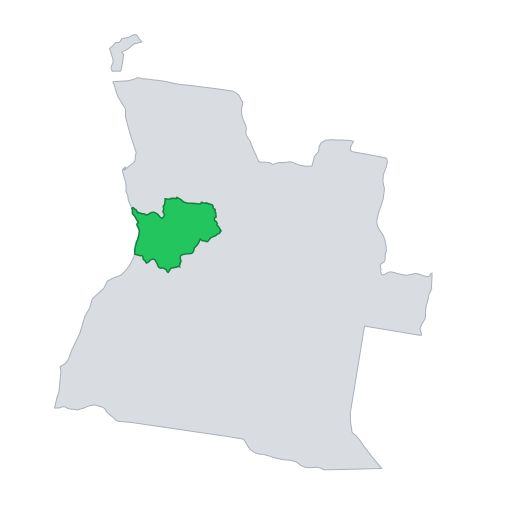 where Cuanza Sul sits in Angola, rotated 8°
{"feature_id": "AGO-1879", "entity_name": "Cuanza Sul", "entity_type": "Province", "adm_level": 1, "iso_a3": "AGO", "parent_name": "Angola", "parent_adm1": "", "projection": "albers", "projection_center": [15.061, -10.94], "detail": "fine", "context": "in_parent", "style": "filled", "palette": "green", "viewbox_px": 512, "rotation_deg": 8, "n_neighbors": 0, "source": "natural_earth", "source_scale": "10m", "svg_char_len": 8224}
<svg xmlns="http://www.w3.org/2000/svg" viewBox="0 0 512 512"><g transform="rotate(8 256 256)"><path d="M432.7,248.5L433.2,252.4L433.7,257.9L434.0,261.8L434.4,263.5L434.6,264.5L434.0,265.5L433.5,267.8L432.7,269.8L432.2,271.3L432.5,273.9L431.6,281.7L431.4,285.6L432.3,292.5L432.1,294.7L429.5,301.0L428.7,304.1L428.6,305.8L430.9,310.5L430.7,311.5L428.8,311.7L427.3,311.7L373.2,310.3L371.4,391.2L371.2,398.1L372.7,407.2L375.7,417.2L376.9,418.1L380.0,420.0L384.4,423.9L386.8,426.7L391.7,431.7L398.2,438.1L410.1,448.9L369.4,455.7L353.8,458.2L352.4,458.2L350.1,457.0L345.2,456.7L339.3,458.1L334.6,458.4L331.2,457.7L327.9,456.3L324.6,454.3L319.0,453.5L310.9,453.9L303.2,453.4L295.7,452.0L290.3,451.4L287.1,451.7L283.7,451.2L280.0,450.1L276.9,448.2L273.3,444.2L270.4,440.4L269.7,439.8L268.8,439.2L267.8,439.1L251.8,438.7L154.1,438.2L142.7,438.9L141.8,438.7L140.4,438.3L139.5,437.5L136.2,435.3L133.4,433.7L129.6,431.0L127.2,428.0L125.1,427.1L121.4,426.6L118.7,426.1L116.4,426.0L112.5,427.4L109.5,428.8L107.4,430.2L103.8,431.8L100.7,433.3L95.3,433.2L94.1,433.4L91.1,433.3L88.3,432.0L85.4,432.2L82.2,433.9L77.7,434.6L78.6,423.4L79.7,418.5L79.6,412.6L78.8,397.2L78.0,395.1L77.4,392.6L80.2,390.7L81.7,389.3L83.6,386.7L84.9,383.1L86.5,375.2L92.3,357.1L95.0,339.3L98.5,330.8L99.8,321.3L109.8,309.1L112.2,301.6L117.4,297.8L124.8,293.9L130.0,286.9L132.5,282.0L135.4,272.8L135.3,263.1L137.1,250.2L136.7,246.5L133.9,241.4L133.4,237.7L130.8,234.1L128.0,231.4L126.7,226.5L121.9,218.9L120.5,213.7L118.2,210.1L117.8,205.5L116.6,200.8L114.2,196.0L111.9,190.6L111.9,188.9L113.3,186.9L114.6,186.2L114.2,187.2L113.3,188.5L113.5,189.4L122.4,179.8L123.0,178.0L122.7,175.9L122.6,173.4L123.0,170.4L114.4,152.9L107.5,136.7L106.3,128.5L97.2,117.7L93.7,110.7L91.6,105.8L90.1,104.0L90.6,103.0L92.9,102.7L98.1,101.6L105.1,100.3L111.6,97.4L113.3,96.1L116.8,95.8L120.3,96.5L121.6,96.0L122.3,95.9L130.6,95.9L134.0,95.7L140.4,95.7L144.4,95.9L146.7,96.2L152.8,96.7L160.6,96.6L163.3,96.3L173.4,96.2L192.3,95.9L202.2,95.9L209.8,96.0L213.2,97.0L216.4,99.0L217.8,100.8L218.5,101.5L219.4,103.4L221.1,104.9L221.7,107.2L221.2,110.3L221.4,114.0L222.4,118.4L224.4,123.0L227.6,127.8L228.9,131.6L228.5,134.4L229.4,137.4L231.7,140.5L233.4,142.2L234.4,143.5L237.0,148.3L245.5,161.8L246.8,162.5L248.7,162.3L252.7,161.7L256.7,161.7L259.5,162.9L260.6,162.7L264.9,160.5L269.1,159.8L273.5,158.9L275.9,158.0L278.5,158.0L285.7,159.9L287.1,160.0L292.9,160.1L298.8,159.2L299.8,151.5L299.8,149.9L301.3,147.0L303.1,144.5L303.4,142.1L303.3,138.8L304.7,134.8L308.7,131.7L315.0,130.3L318.7,130.1L324.4,129.3L333.0,128.5L336.2,128.7L336.5,129.1L334.5,134.6L334.5,136.5L335.1,138.3L336.6,139.3L353.8,139.9L370.3,140.8L371.2,141.1L372.0,141.5L372.9,144.3L372.6,149.7L370.8,157.5L371.3,164.8L373.9,171.7L374.0,182.2L371.4,196.2L370.7,205.2L371.9,208.9L374.5,212.9L378.6,217.1L381.6,222.4L383.7,229.0L384.4,233.1L383.8,234.8L383.8,237.7L384.4,241.9L383.5,244.6L381.2,245.9L380.4,247.8L381.5,251.4L381.7,254.6L383.2,256.8L384.2,257.0L386.5,255.9L389.3,253.8L391.5,252.9L394.6,253.1L398.9,253.8L406.5,254.2L408.9,253.9L416.1,251.2L417.9,251.0L420.7,251.4L424.7,252.3L428.7,252.6L430.7,251.8L430.9,250.6L431.6,249.1L432.7,248.5ZM113.2,59.6L112.8,60.1L109.5,61.5L106.0,62.7L101.4,67.7L99.1,69.9L98.4,70.5L96.3,71.7L94.8,72.7L94.8,73.3L95.9,73.9L96.9,75.0L96.9,83.2L96.5,91.2L95.9,91.9L93.0,92.2L89.1,92.8L87.9,93.1L87.5,92.3L86.1,89.4L86.8,86.6L87.6,84.5L86.7,80.3L84.7,76.5L82.5,71.7L81.9,70.8L83.6,69.3L86.3,65.9L87.3,64.1L90.4,63.7L91.6,62.5L92.4,60.5L92.7,59.3L96.2,58.4L100.3,56.7L102.6,54.8L105.0,53.7L106.5,53.6L107.5,54.1L110.2,57.2L112.5,59.2L113.2,59.6Z" fill="#d9dde1" stroke="#a8b0b8" stroke-width="1"/><path d="M135.6,270.9L135.1,266.1L135.2,262.9L135.3,262.2L135.6,261.7L135.4,261.4L135.4,261.1L135.5,260.7L135.6,260.4L135.6,258.7L135.7,258.1L136.3,257.4L136.4,257.0L136.4,256.2L137.1,252.0L137.1,250.2L137.1,248.0L137.0,247.0L136.5,246.0L133.9,242.1L133.7,241.6L133.7,241.1L133.9,240.6L134.8,239.5L134.8,239.0L134.6,238.5L134.3,238.1L133.1,237.1L132.9,236.8L132.7,236.4L130.0,233.1L128.1,231.6L127.7,231.0L127.5,230.4L127.4,228.4L127.3,227.7L127.1,227.1L126.5,226.3L126.9,225.4L127.0,225.3L127.1,225.2L127.5,225.2L127.8,225.3L128.3,225.6L128.4,225.9L128.5,226.0L128.8,226.2L129.2,226.3L129.5,226.4L130.9,227.1L131.2,227.4L131.4,227.6L131.5,227.9L132.4,229.1L132.7,229.6L132.8,229.7L133.0,229.7L133.3,229.6L133.3,229.4L133.3,229.2L133.5,229.2L134.4,229.5L134.8,229.6L135.7,229.6L136.0,229.6L136.2,229.8L136.3,229.9L136.6,230.1L136.9,230.1L138.6,229.8L139.1,229.8L139.6,229.8L140.5,230.1L140.9,230.3L141.2,230.5L141.3,230.7L141.4,230.8L141.6,230.9L142.0,230.8L142.2,230.7L142.7,230.2L143.9,229.5L145.7,227.9L146.4,227.5L147.1,227.2L147.8,227.0L148.4,227.0L149.1,227.0L150.0,227.2L150.8,227.4L153.0,228.4L153.8,229.1L154.3,229.7L155.6,230.9L157.6,231.8L158.4,231.0L159.2,229.7L159.4,228.9L159.6,228.4L159.4,227.0L158.5,226.3L158.1,225.8L157.7,225.1L157.7,224.4L157.9,223.7L158.1,223.0L157.9,221.9L157.3,220.3L157.3,219.6L157.6,218.8L158.0,218.2L158.3,217.5L158.3,216.4L158.3,214.3L158.0,211.9L159.1,211.9L159.7,212.0L160.0,212.1L163.1,211.6L163.3,211.5L163.5,211.3L163.7,210.8L163.9,210.6L164.3,210.6L164.6,210.7L164.9,210.8L165.2,210.5L165.4,210.5L166.4,210.2L168.7,210.4L169.2,210.2L169.3,209.9L169.1,209.3L169.2,209.0L169.4,209.0L169.7,209.1L170.6,209.3L173.0,210.3L173.3,210.4L173.7,210.4L173.9,210.5L174.0,210.9L174.6,211.1L174.7,211.3L174.8,211.5L175.0,211.7L175.7,211.8L176.0,211.9L176.2,212.1L176.5,212.6L177.3,212.7L177.7,212.7L177.8,212.8L178.1,212.7L178.7,212.8L179.3,213.0L179.6,213.3L180.1,213.1L180.5,213.1L180.9,213.3L181.4,213.3L181.8,213.2L182.5,213.0L184.7,212.7L184.9,212.7L185.4,212.9L185.6,212.9L185.8,212.7L186.0,212.5L186.7,212.5L187.3,212.7L187.8,212.7L188.7,212.3L189.0,212.3L189.7,212.5L190.2,212.5L193.0,212.3L193.4,212.2L193.8,211.9L194.1,211.5L194.3,211.1L194.4,210.8L194.4,210.5L194.5,210.3L194.8,210.3L195.0,210.3L195.4,210.6L195.6,210.7L196.2,210.7L197.1,210.9L197.7,210.9L198.0,210.8L198.3,210.7L198.6,210.6L198.8,210.4L199.1,210.2L199.3,210.4L199.5,210.6L200.0,210.6L200.5,210.4L200.9,210.5L201.1,210.6L201.7,211.1L202.1,210.8L202.5,210.8L203.0,211.0L203.6,211.1L204.9,211.2L205.4,211.3L205.9,211.7L206.2,212.1L206.5,212.5L206.7,213.0L206.7,213.7L206.9,214.1L207.2,214.6L207.6,214.9L207.7,215.1L207.9,215.2L208.5,215.3L209.0,215.6L209.1,215.8L209.3,217.7L209.6,218.3L210.0,218.5L211.1,223.0L210.8,223.3L210.3,223.5L209.9,223.8L209.7,224.5L209.7,225.7L209.9,226.2L210.1,226.7L210.3,226.9L210.4,227.0L210.6,227.0L211.0,227.0L211.3,227.1L211.5,227.3L211.8,227.5L213.1,229.1L213.1,229.4L212.9,230.4L213.0,230.8L213.1,231.0L213.3,231.1L213.8,231.4L214.5,231.8L216.2,233.9L216.3,234.1L216.4,234.3L217.1,234.8L217.4,235.6L217.7,235.8L217.9,236.0L217.1,236.5L216.9,236.8L217.0,237.0L217.2,237.4L217.2,237.6L217.1,237.8L216.3,238.9L216.1,239.1L215.3,239.3L214.7,239.6L213.6,241.1L212.9,241.7L212.2,242.1L210.5,243.0L209.4,243.7L208.7,244.3L208.2,245.0L206.5,247.8L206.0,248.4L205.4,248.7L204.9,248.7L204.6,248.6L204.1,248.4L203.1,248.2L201.4,248.3L200.6,248.3L200.1,248.0L198.5,247.0L197.3,250.9L196.8,252.2L196.2,253.3L194.4,255.9L193.7,256.8L193.7,258.8L193.3,260.3L192.6,261.7L191.8,262.4L188.8,263.2L186.6,263.6L185.8,263.8L184.8,264.3L182.5,265.1L181.4,266.2L181.0,268.2L181.7,269.4L181.8,269.9L181.8,270.2L181.9,270.6L182.0,270.8L182.1,271.0L182.4,271.3L182.5,271.4L182.5,271.6L182.4,271.7L182.3,271.8L182.2,272.1L182.1,272.3L182.1,273.0L182.1,273.3L181.9,273.4L181.8,273.5L181.7,273.6L181.5,273.8L181.6,274.0L181.8,274.2L181.9,274.4L181.9,274.6L181.8,274.9L181.8,275.1L181.6,275.7L181.5,276.5L181.6,276.8L181.9,277.3L180.5,277.3L179.8,277.4L179.3,277.7L178.9,278.1L178.7,278.3L178.3,278.4L177.4,278.6L174.1,279.7L173.3,280.5L172.8,281.2L171.4,284.4L170.8,284.3L170.1,283.9L169.9,283.4L169.7,282.8L169.2,282.3L166.5,281.0L165.8,280.8L165.1,280.8L163.9,281.2L162.9,281.3L161.2,280.7L160.3,279.5L159.5,277.9L156.7,274.1L155.7,273.4L155.1,273.3L154.4,273.4L153.7,273.7L152.3,274.5L151.7,275.0L150.3,277.0L148.5,278.3L147.1,276.6L146.4,276.0L145.1,275.2L144.6,274.6L144.4,274.0L144.2,272.5L143.8,272.0L143.2,271.7L142.6,271.6L140.9,271.8L138.5,271.4L137.8,271.4L137.0,271.3L135.6,270.9L135.6,270.9Z" fill="#22c55e" stroke="#15803d" stroke-width="1.5"/></g></svg>